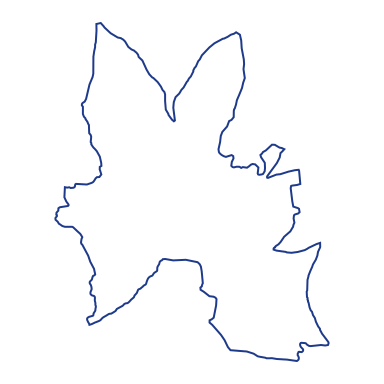 Escuintla, Escuintla, Guatemala (orthographic projection)
{"feature_id": "79465075B12428075404525", "entity_name": "Escuintla", "entity_type": "district", "adm_level": 2, "iso_a3": "GTM", "parent_name": "Guatemala", "parent_adm1": "Escuintla", "projection": "orthographic", "projection_center": [-90.807, 14.309], "detail": "fine", "context": "isolated", "style": "outline", "palette": "blue", "viewbox_px": 384, "rotation_deg": 0, "n_neighbors": 0, "source": "geoboundaries", "source_scale": "gbopen_adm2", "svg_char_len": 5910}
<svg xmlns="http://www.w3.org/2000/svg" viewBox="0 0 384 384"><path d="M100.7,23.0L96.4,24.0L96.5,30.6L95.8,42.4L95.1,44.6L95.1,47.2L94.2,51.2L93.4,56.7L93.3,73.7L92.6,77.0L89.5,84.5L86.1,98.9L84.7,101.6L82.6,103.0L81.9,104.1L81.9,105.5L82.4,106.0L82.9,106.7L82.9,114.0L83.9,116.6L85.4,118.3L85.6,119.2L87.4,121.8L88.2,123.8L88.9,125.0L89.2,133.2L90.7,135.0L91.2,136.8L90.7,142.1L91.3,143.0L91.3,144.4L93.3,147.4L95.1,149.2L96.8,151.2L99.8,156.6L101.2,162.8L101.4,165.9L99.8,166.9L99.7,169.5L100.2,170.8L101.3,174.5L99.4,177.0L96.9,177.2L95.5,178.5L94.6,180.1L93.3,181.9L91.9,182.8L86.9,184.5L76.0,183.9L75.3,184.4L74.8,186.8L73.7,187.7L70.7,188.0L69.3,187.3L67.1,187.6L64.9,187.2L64.4,197.3L66.3,201.5L68.5,204.5L68.6,205.2L68.1,205.9L66.6,206.2L60.1,207.2L59.0,207.8L58.4,208.3L58.3,210.6L56.5,212.7L56.3,214.7L56.9,215.1L56.9,216.2L55.5,217.9L55.4,218.7L55.6,219.8L57.7,221.7L58.9,223.7L60.5,224.7L62.3,226.0L64.9,226.8L72.2,226.8L73.2,227.3L77.1,231.0L80.3,233.9L82.3,237.1L81.5,239.1L81.0,242.4L81.3,243.7L82.3,244.7L88.2,255.7L90.3,261.8L94.0,268.8L95.2,274.3L94.6,275.2L93.2,275.8L92.7,276.6L92.3,277.9L92.0,279.2L91.7,279.8L90.6,280.9L90.0,281.5L89.7,282.1L89.7,282.9L89.9,283.7L90.6,284.5L91.0,285.6L91.4,286.8L91.6,288.2L91.6,289.4L91.4,289.9L90.5,292.1L90.4,293.2L90.5,293.8L90.7,294.3L91.2,294.8L91.8,295.3L92.7,295.6L93.8,295.9L94.3,296.2L94.8,297.0L94.9,297.6L94.9,298.5L94.8,300.3L95.0,301.4L95.2,302.1L95.4,303.1L95.4,304.9L95.7,305.6L95.9,306.7L95.7,307.7L95.6,308.2L95.4,309.3L95.4,310.2L95.1,311.0L93.6,313.4L93.3,315.3L92.8,315.8L89.2,316.8L88.1,317.4L87.5,317.9L87.1,318.7L87.1,319.3L87.2,319.9L87.4,320.5L88.1,322.0L88.9,323.3L89.2,323.9L89.4,324.8L90.2,324.6L91.7,324.1L92.6,323.7L94.6,322.7L98.7,321.1L99.9,320.5L100.6,320.0L102.0,318.4L102.9,317.6L104.0,316.9L105.6,316.0L107.1,315.1L108.8,314.0L109.6,313.8L111.3,313.6L113.0,312.6L114.9,311.4L115.4,311.1L115.9,310.5L116.3,309.7L116.8,309.0L118.0,308.3L122.3,306.0L122.7,305.7L123.1,305.4L124.1,304.2L124.5,303.9L125.3,303.5L126.1,303.3L127.2,303.2L127.9,302.9L128.4,302.5L129.1,301.9L131.2,299.6L133.3,297.8L133.8,297.4L134.1,296.8L134.4,295.9L134.6,295.4L135.0,295.0L136.1,293.8L136.9,292.9L137.1,292.3L137.7,290.8L137.9,290.2L138.3,289.6L138.9,289.2L139.7,288.9L140.5,288.6L141.4,287.7L142.6,286.8L143.5,285.8L144.2,285.3L145.5,284.6L146.0,284.0L146.2,283.5L146.9,281.1L147.4,279.9L148.0,278.6L148.6,277.8L149.3,277.1L149.9,276.7L150.3,276.4L152.0,275.8L152.6,275.3L152.9,274.8L153.7,273.5L154.3,272.8L155.1,272.3L156.3,271.5L156.9,271.1L157.2,270.5L157.3,267.7L157.5,266.9L158.1,265.8L159.1,264.3L159.7,262.0L160.3,261.2L161.0,260.7L161.7,260.4L162.4,259.8L162.8,259.2L165.2,259.0L173.2,260.4L185.8,259.8L197.6,262.2L199.7,264.2L200.9,266.6L201.7,271.3L202.8,283.1L201.9,285.5L201.8,286.4L200.4,287.6L200.6,289.8L203.7,291.7L209.4,296.2L213.6,296.7L215.5,297.7L216.5,299.1L216.1,305.5L213.7,317.7L211.6,319.4L209.6,320.3L209.6,322.6L212.2,324.8L221.0,334.9L224.6,340.2L227.9,347.1L230.5,350.2L246.8,351.5L253.7,353.7L257.7,356.3L259.5,356.7L265.2,357.7L266.7,358.3L272.0,358.2L276.9,359.0L287.0,359.6L296.9,361.0L297.5,360.6L298.3,359.9L298.7,359.2L298.8,358.4L298.8,357.7L298.4,356.4L297.7,355.3L297.7,353.7L298.3,352.6L298.6,351.9L299.2,351.8L301.4,352.1L302.2,351.8L303.0,350.9L303.2,350.0L303.0,349.3L302.6,348.8L301.9,348.1L300.9,347.0L300.4,346.1L300.1,345.0L300.1,344.0L300.7,343.0L301.4,342.8L302.5,342.9L305.0,343.1L305.8,343.3L307.1,344.7L309.0,345.9L310.7,346.1L321.0,345.0L325.2,345.5L328.0,345.0L328.6,343.2L328.4,342.1L322.0,333.6L320.0,329.8L319.9,328.7L318.2,326.5L315.9,321.7L314.9,318.1L313.0,315.1L312.0,311.8L310.7,310.3L309.6,307.5L308.5,302.4L308.0,301.7L308.0,300.3L307.5,299.7L307.6,298.0L307.0,297.1L306.7,291.7L307.2,290.4L307.5,279.9L308.5,276.2L308.5,275.6L310.5,270.6L312.3,266.6L312.9,264.6L315.8,259.7L317.4,255.5L318.0,251.9L320.0,247.6L320.2,246.8L320.1,242.9L316.5,244.1L308.7,247.8L307.4,248.7L304.8,250.1L297.6,252.0L291.5,252.8L286.7,252.4L285.8,251.9L276.5,250.6L273.6,249.6L273.6,248.5L274.0,247.9L275.1,247.4L275.1,246.8L275.9,246.0L278.5,244.3L280.6,242.0L284.2,236.7L290.3,231.4L293.1,226.7L293.5,224.7L294.4,222.7L293.6,218.5L294.0,215.3L295.1,214.4L298.2,213.5L299.6,212.1L299.0,208.8L297.9,208.1L293.3,206.6L292.3,201.4L290.7,188.2L291.1,186.0L292.1,185.6L296.9,185.0L300.3,184.0L299.1,170.8L298.7,169.8L294.9,170.2L288.6,171.6L280.3,174.2L276.4,174.6L268.0,177.9L267.2,177.7L267.0,177.0L267.3,176.1L276.9,163.0L279.7,157.5L280.5,153.1L282.5,151.2L284.3,149.2L281.7,148.0L279.5,147.6L274.8,144.8L272.0,144.7L265.9,150.4L262.9,152.1L262.1,153.5L260.4,155.0L261.1,157.3L264.8,162.8L265.0,168.1L264.7,171.2L263.1,173.9L261.9,174.4L259.2,174.8L258.1,174.4L257.7,173.4L258.4,167.5L255.2,164.4L252.5,164.0L250.9,164.7L248.9,166.4L247.0,167.7L242.8,167.1L241.2,167.9L239.5,166.8L236.7,166.7L233.8,167.4L232.5,167.0L231.3,165.8L231.8,162.0L233.5,158.4L233.2,156.1L231.6,155.1L225.9,156.9L223.8,156.2L221.5,154.9L219.6,153.2L218.9,152.0L218.5,149.2L220.1,142.1L220.8,135.9L222.4,131.8L227.1,126.5L229.1,121.1L231.5,119.9L233.7,117.2L233.8,111.0L234.1,109.3L234.7,108.6L236.0,104.6L236.9,100.2L239.3,94.6L242.0,88.0L243.2,82.7L244.8,78.1L243.5,69.2L244.1,64.1L243.8,59.4L241.7,48.3L241.2,40.4L239.9,34.7L236.1,32.3L234.1,33.7L230.9,34.7L227.7,36.8L224.0,38.6L222.9,38.7L214.4,43.3L209.4,47.4L201.9,55.3L199.8,59.4L198.2,61.2L195.9,66.5L194.6,67.9L193.3,70.4L193.3,71.5L190.8,76.5L188.9,78.6L187.7,81.0L186.9,81.7L183.6,87.5L181.4,89.9L179.3,93.5L175.6,97.1L173.8,102.1L173.3,107.7L174.9,120.5L173.9,121.3L172.0,119.7L168.5,114.9L168.3,113.8L165.8,109.6L165.1,101.1L165.1,94.4L164.4,92.0L162.5,89.9L161.0,86.7L157.7,82.1L153.4,78.0L152.2,77.4L149.3,74.3L146.5,69.5L142.4,60.5L138.7,57.0L138.0,54.6L136.4,52.6L134.7,51.2L134.1,50.6L131.4,49.4L128.3,46.9L125.1,41.5L123.2,39.6L120.7,38.1L117.7,37.5L110.6,33.2L104.5,27.5L103.6,26.2L100.7,23.0Z" fill="none" stroke="#1e3a8a" stroke-width="2"/></svg>